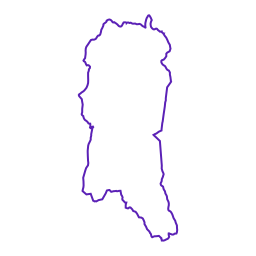 the district of Kota Sawah Lunto, Sumatera Barat, Indonesia
{"feature_id": "22746128B93370341632229", "entity_name": "Kota Sawah Lunto", "entity_type": "district", "adm_level": 2, "iso_a3": "IDN", "parent_name": "Indonesia", "parent_adm1": "Sumatera Barat", "projection": "equal_earth", "projection_center": [100.756, -0.661], "detail": "fine", "context": "isolated", "style": "outline", "palette": "violet", "viewbox_px": 256, "rotation_deg": 0, "n_neighbors": 0, "source": "geoboundaries", "source_scale": "gbopen_adm2", "svg_char_len": 5548}
<svg xmlns="http://www.w3.org/2000/svg" viewBox="0 0 256 256"><path d="M158.7,30.6L158.1,30.2L157.2,29.1L157.0,28.9L156.7,28.7L155.8,28.7L155.0,29.1L154.6,29.2L154.2,29.4L153.4,29.3L152.7,28.8L152.2,28.4L151.7,27.8L151.2,27.1L151.1,26.9L151.0,26.7L150.8,25.9L150.7,25.2L150.6,24.7L150.6,23.9L150.6,23.3L150.7,23.1L150.9,22.1L151.0,21.8L151.1,21.6L151.2,21.2L151.5,20.6L151.7,20.3L151.7,19.9L151.6,19.7L151.2,18.8L151.0,18.2L150.7,17.7L150.5,17.4L150.2,16.7L149.7,16.0L149.3,15.4L149.1,15.4L148.5,15.4L148.2,15.6L147.8,16.2L147.4,17.0L146.8,17.9L146.6,18.4L146.2,19.5L146.1,19.9L145.8,21.2L145.7,21.7L145.5,22.4L145.4,23.1L145.3,23.9L145.3,25.4L145.3,26.1L145.4,26.7L145.5,27.2L145.5,27.5L145.3,27.6L143.8,26.6L143.0,26.3L142.5,26.0L141.8,25.4L141.5,25.0L141.0,24.6L140.3,24.2L139.8,24.0L139.3,23.9L139.2,23.9L138.9,24.0L137.9,24.2L137.0,24.2L136.7,24.2L136.3,24.1L135.8,23.8L135.3,23.6L134.7,23.6L134.3,23.6L133.7,23.7L133.1,23.7L132.4,23.6L131.8,23.3L131.5,23.2L131.1,22.9L130.7,22.7L129.9,22.9L129.4,23.0L129.2,22.9L128.8,22.7L128.4,22.5L127.6,22.5L127.4,22.6L127.0,22.7L126.9,22.7L126.8,22.8L126.8,22.7L126.7,22.7L126.1,22.5L125.7,22.4L125.0,22.3L124.9,22.3L124.1,22.3L123.6,22.5L122.9,23.7L122.8,23.9L122.7,24.1L122.4,24.7L122.3,24.9L122.1,25.3L122.0,25.5L121.7,25.8L121.6,26.0L121.1,26.3L120.9,26.5L120.7,26.5L120.0,26.5L119.6,26.4L119.4,26.3L118.9,26.1L118.7,25.9L118.2,25.4L117.9,25.1L117.7,24.7L117.3,24.4L116.9,24.1L116.6,23.8L116.2,23.5L114.9,22.7L114.5,22.3L114.3,22.2L114.1,22.2L113.2,22.5L112.6,22.2L112.4,21.9L112.2,21.5L111.9,21.2L111.7,20.9L111.3,20.5L111.2,20.4L111.0,20.2L110.7,20.0L110.5,19.9L110.1,19.7L109.8,19.6L109.4,19.5L109.0,19.6L108.4,19.7L108.1,19.8L107.2,20.3L106.7,20.6L106.7,20.8L106.6,21.0L106.6,21.4L106.0,22.2L105.7,22.4L105.6,22.5L104.5,23.3L104.4,23.4L104.1,23.6L103.7,23.9L103.4,24.4L103.4,25.1L103.3,25.7L103.1,26.2L102.9,26.6L102.7,27.1L102.6,27.3L102.4,27.8L102.1,28.4L101.8,28.9L101.4,29.6L101.3,29.9L101.2,30.5L101.1,31.0L100.9,32.2L100.6,33.0L100.5,33.7L100.3,34.2L99.8,34.9L99.8,35.0L99.4,35.3L99.2,35.3L99.0,35.5L98.9,35.5L98.6,35.5L98.2,35.6L97.8,35.9L97.7,36.0L97.5,36.3L97.3,36.5L97.0,37.0L96.5,37.8L96.1,38.4L95.9,38.7L95.6,39.0L94.7,39.4L94.2,39.6L93.9,39.6L93.1,39.7L92.7,39.6L92.4,39.6L92.1,39.7L91.6,39.8L91.3,39.9L91.0,40.2L90.8,40.2L90.0,41.4L87.8,44.7L86.4,46.7L85.8,48.4L85.6,50.6L85.7,52.3L85.6,54.4L85.3,56.5L85.1,58.1L84.2,59.3L83.5,60.5L83.8,61.2L84.8,61.7L85.2,62.2L86.1,64.4L86.8,65.4L88.0,65.1L89.0,65.5L90.0,66.7L89.9,68.0L88.9,69.3L88.8,70.7L88.1,72.7L88.1,76.2L88.2,80.3L88.1,83.0L87.5,85.3L86.5,87.7L85.2,89.4L84.1,90.7L82.7,91.8L81.5,92.5L80.6,93.4L79.2,94.3L78.8,95.0L79.2,96.2L81.8,99.2L82.1,101.3L82.5,103.5L82.7,104.7L82.2,108.9L82.2,109.5L82.2,112.3L81.7,114.0L81.7,114.3L82.1,115.1L83.3,116.1L83.4,116.8L83.7,117.7L83.9,118.4L84.8,119.8L86.6,121.1L87.4,121.8L88.5,123.4L89.3,123.7L90.2,123.7L90.4,125.2L90.3,126.5L90.0,127.5L90.6,128.2L91.1,128.2L91.9,127.0L92.9,126.6L93.2,127.1L92.2,128.4L92.3,128.6L91.2,134.2L91.2,135.7L90.7,137.8L90.7,139.7L90.0,141.3L88.7,143.9L88.2,145.6L87.7,150.6L87.7,152.1L87.8,155.1L87.8,155.5L88.0,159.8L88.0,160.4L88.3,163.0L88.0,165.3L86.9,166.9L86.1,168.1L85.3,170.5L83.2,177.8L83.5,181.4L83.6,185.5L83.4,187.3L82.6,190.4L82.7,190.5L82.6,191.1L86.4,194.4L90.7,193.8L93.2,200.7L93.6,200.8L94.5,201.4L95.2,201.2L96.3,201.4L98.6,200.1L102.3,199.3L105.7,193.4L106.9,190.5L108.5,190.1L109.5,190.0L111.2,191.8L112.5,191.5L114.0,191.1L115.0,191.1L116.2,190.9L116.7,191.2L117.7,191.2L118.8,190.9L119.8,190.8L120.5,190.8L121.2,194.7L122.0,195.9L122.6,197.4L122.3,198.7L122.4,199.7L125.1,202.6L126.3,202.6L125.7,204.9L125.7,207.7L127.3,208.3L128.3,208.3L129.4,207.4L130.5,207.5L132.3,209.4L133.2,211.0L135.6,211.8L137.0,213.6L138.3,216.1L138.9,217.3L141.4,217.6L142.8,218.5L143.8,220.5L144.5,222.3L144.5,224.1L146.0,226.6L147.1,229.2L149.4,231.5L150.1,233.1L150.6,233.5L151.0,234.5L151.5,236.5L152.2,237.2L154.4,236.3L156.6,236.2L158.9,235.9L161.3,238.1L161.2,238.7L161.6,239.1L161.6,239.3L161.8,240.5L162.8,240.5L163.5,240.6L164.8,240.2L165.9,239.6L166.8,239.2L167.9,238.7L168.7,237.7L169.2,236.8L168.8,235.5L168.6,234.0L168.7,233.4L169.2,233.4L169.9,233.8L171.0,234.1L171.8,234.5L172.9,234.6L173.7,234.4L174.5,233.7L176.4,233.5L176.9,232.3L177.2,230.0L177.0,228.0L176.9,225.4L175.7,222.6L175.2,220.7L174.3,219.3L173.4,217.7L173.1,216.6L172.3,214.4L171.3,212.5L170.4,211.4L169.1,210.8L168.4,210.0L168.2,208.9L168.4,207.1L168.8,205.2L168.8,203.2L168.4,201.6L167.2,199.2L166.9,196.5L166.5,195.4L165.4,193.5L165.1,191.9L164.8,191.0L163.8,189.5L163.4,188.2L163.1,186.8L162.8,186.4L161.5,185.6L160.9,184.9L160.6,183.6L161.1,182.3L161.5,181.7L161.7,180.9L161.8,179.3L162.5,177.7L163.0,176.5L163.2,175.5L163.6,174.6L163.5,173.5L163.0,172.4L162.4,171.1L161.7,168.6L161.8,165.6L159.9,141.0L156.8,138.0L155.2,136.5L154.0,135.4L153.7,135.2L153.5,134.9L153.9,134.7L154.3,134.5L154.7,134.2L156.4,133.5L158.8,131.7L161.5,130.5L161.6,128.9L161.9,126.5L162.3,123.0L162.7,121.4L163.1,118.3L163.7,113.9L164.8,106.5L165.2,102.4L165.8,100.4L165.8,98.2L166.3,94.1L166.9,89.4L167.1,87.6L167.2,87.2L167.6,86.7L169.3,84.3L171.1,81.7L170.8,80.9L170.9,80.5L170.7,79.3L170.4,76.9L169.9,74.7L169.9,72.5L168.9,70.6L167.3,69.8L166.4,68.6L165.2,66.3L162.6,64.5L161.4,62.5L161.3,61.0L162.1,60.1L163.6,59.7L165.0,58.2L166.3,56.3L166.3,53.7L167.2,52.6L169.6,51.3L170.1,49.9L170.5,48.6L170.3,47.8L169.8,44.8L168.4,42.5L167.5,40.3L166.2,37.6L164.8,35.9L163.6,34.0L163.8,33.6L163.6,33.6L161.7,32.1L161.7,31.5L160.0,31.7L158.7,30.6Z" fill="none" stroke="#5b21b6" stroke-width="2"/></svg>